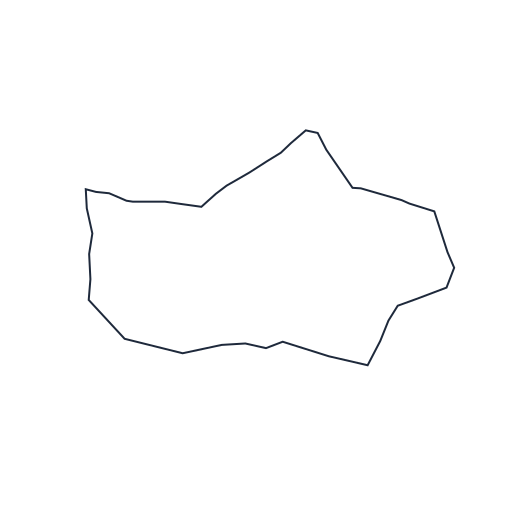 outline of Tu'vshinshiree, Sühbaatar, Mongolia, rotated 120°
{"feature_id": "93677404B92890816009325", "entity_name": "Tu'vshinshiree", "entity_type": "district", "adm_level": 2, "iso_a3": "MNG", "parent_name": "Mongolia", "parent_adm1": "Sühbaatar", "projection": "natural_earth1", "projection_center": [111.655, 46.29], "detail": "fine", "context": "isolated", "style": "outline", "palette": "slate", "viewbox_px": 512, "rotation_deg": 120, "n_neighbors": 0, "source": "geoboundaries", "source_scale": "gbopen_adm2", "svg_char_len": 678}
<svg xmlns="http://www.w3.org/2000/svg" viewBox="0 0 512 512"><g transform="rotate(120 256 256)"><path d="M393.4,328.4L376.9,270.9L350.1,241.2L337.1,221.5L330.8,201.3L316.9,190.0L306.4,142.7L294.8,104.7L267.5,105.9L245.7,109.0L228.2,108.4L212.9,95.5L188.1,75.2L167.1,78.5L156.9,92.1L128.2,123.9L133.9,149.4L134.8,157.8L145.0,199.1L148.7,206.5L128.8,248.3L118.6,264.1L122.3,275.7L140.8,282.2L154.1,286.1L168.5,293.9L187.1,303.5L209.7,316.6L222.3,321.9L240.7,327.9L248.5,347.1L254.5,362.1L270.6,390.0L272.9,395.8L275.1,414.6L280.5,426.6L283.3,436.8L299.3,426.4L318.3,409.0L337.7,401.5L358.9,387.8L377.7,378.9L393.4,328.4Z" fill="none" stroke="#1e293b" stroke-width="2"/></g></svg>